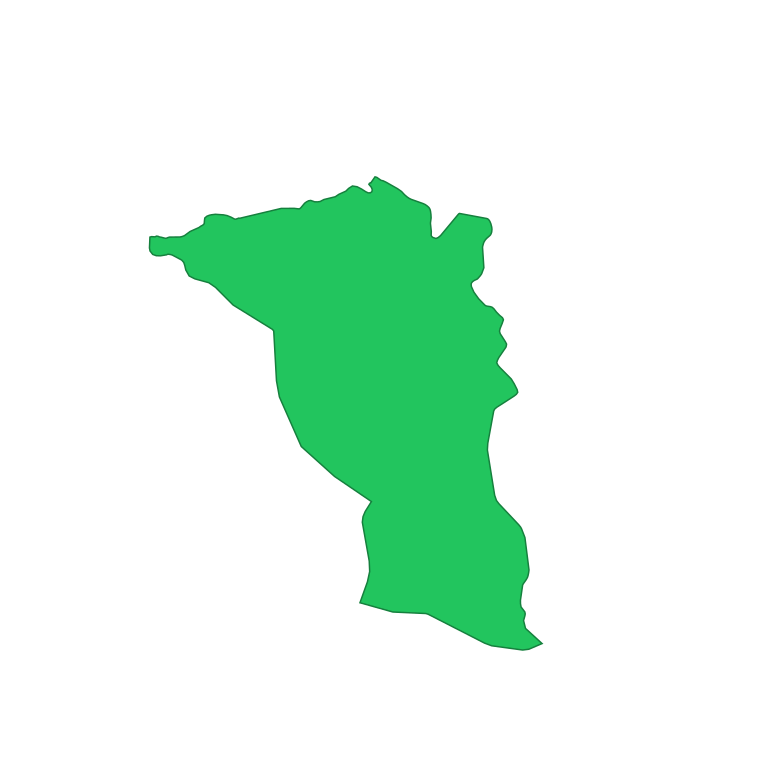 Dosso, Albers equal-area conic projection, rotated 124°
{"feature_id": "NER-93", "entity_name": "Dosso", "entity_type": "Department", "adm_level": 1, "iso_a3": "NER", "parent_name": "Niger", "parent_adm1": "", "projection": "albers", "projection_center": [3.221, 13.177], "detail": "fine", "context": "isolated", "style": "filled", "palette": "green", "viewbox_px": 768, "rotation_deg": 124, "n_neighbors": 0, "source": "natural_earth", "source_scale": "10m", "svg_char_len": 2955}
<svg xmlns="http://www.w3.org/2000/svg" viewBox="0 0 768 768"><g transform="rotate(124 384 384)"><path d="M487.7,377.6L482.1,417.6L453.2,463.5L441.5,474.9L401.8,505.0L401.1,506.9L402.9,553.3L398.1,577.8L398.0,585.9L402.6,599.6L403.4,605.9L400.3,612.1L397.2,615.4L395.2,618.0L394.4,621.1L395.5,631.7L396.1,633.5L397.1,635.5L397.7,636.1L398.5,636.5L402.8,641.1L405.0,644.6L405.9,648.2L404.6,652.3L402.4,654.5L393.1,660.2L391.8,659.1L390.1,656.2L388.6,655.3L387.9,653.9L387.6,652.2L386.9,650.8L385.9,647.9L385.3,646.4L384.5,645.7L383.4,645.0L382.2,644.0L376.1,635.2L374.6,633.8L372.6,632.4L365.9,630.0L357.7,624.9L355.7,624.2L353.7,623.1L351.6,622.7L349.0,624.2L346.6,625.4L344.0,624.7L341.8,623.2L340.2,621.7L337.6,618.7L333.5,611.6L332.1,608.2L331.2,604.0L330.8,600.0L330.2,599.0L327.7,597.2L327.2,596.2L295.9,567.4L288.5,556.5L286.7,553.0L286.0,552.0L284.5,551.5L278.5,550.9L276.3,550.1L274.3,549.0L272.8,547.4L271.7,543.3L270.2,541.0L268.4,539.0L264.7,537.0L256.0,529.1L252.0,527.5L245.5,523.5L241.6,522.7L237.5,520.9L235.5,516.6L234.9,511.4L234.8,506.7L234.4,504.0L233.2,502.3L231.5,501.6L229.8,502.2L229.0,503.0L228.2,504.2L227.6,505.6L227.4,506.7L226.9,508.2L225.8,508.3L224.8,507.8L224.7,507.4L217.3,507.3L216.7,505.5L216.8,500.4L216.0,498.2L215.5,494.7L214.5,481.9L214.6,477.1L215.6,472.8L216.0,469.2L216.0,466.9L215.7,464.7L212.6,452.7L212.2,450.4L212.2,448.1L212.5,445.8L212.8,444.8L213.5,443.5L214.7,442.1L217.3,439.8L220.0,437.8L224.2,435.7L225.0,435.2L231.2,430.0L234.4,428.0L235.0,427.0L235.2,425.5L234.3,422.3L232.3,421.0L229.4,420.1L201.8,417.3L200.9,417.1L200.4,416.8L189.4,391.5L189.1,390.4L189.2,389.4L189.5,388.2L190.2,386.8L191.4,385.0L193.7,382.4L195.4,381.0L197.8,379.7L199.3,379.3L200.6,379.1L201.6,379.2L205.8,380.3L208.0,380.6L210.2,380.5L211.3,380.3L213.2,379.7L215.1,379.0L215.9,378.5L231.8,366.2L238.0,364.7L240.3,364.7L244.1,365.2L244.7,365.3L245.4,365.7L247.7,367.1L249.6,367.8L250.7,367.9L251.8,367.9L253.0,367.2L254.3,366.1L257.6,360.8L260.4,353.2L262.2,344.6L262.2,343.5L262.0,342.5L260.4,339.1L260.1,338.1L259.9,337.1L260.2,334.9L261.5,331.0L262.4,326.7L262.8,322.9L263.3,321.9L264.0,320.9L267.7,319.9L273.0,318.8L275.6,317.8L277.3,315.8L281.1,307.0L282.4,304.7L284.1,303.9L285.3,303.5L297.9,303.6L300.9,303.2L303.4,302.4L304.8,299.8L305.6,296.8L308.7,281.2L311.0,276.2L314.2,270.5L316.1,268.5L318.5,268.5L321.3,269.4L340.0,277.4L342.8,278.2L344.9,278.0L375.1,264.8L380.9,261.4L414.4,230.0L417.7,225.6L419.0,221.8L425.4,193.4L426.3,190.6L427.2,188.9L432.5,181.3L457.1,159.8L459.7,158.5L462.4,157.4L464.2,156.9L466.8,156.7L471.6,156.8L473.0,156.7L486.9,150.0L489.8,148.0L492.2,145.7L494.2,139.8L495.6,138.4L497.3,137.6L502.1,136.0L507.5,130.0L510.8,107.8L522.9,115.6L527.0,120.3L540.8,148.3L542.6,155.8L550.2,218.7L550.9,221.0L568.1,249.2L578.8,281.6L557.3,287.1L547.5,291.0L539.1,297.2L510.7,324.7L505.7,327.2L500.2,328.3L488.5,328.7L488.3,373.3L487.7,377.6Z" fill="#22c55e" stroke="#15803d" stroke-width="1.5"/></g></svg>